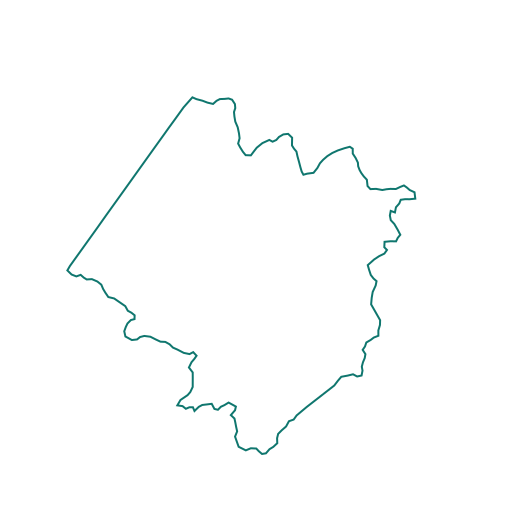 Rio das Flores, Rio de Janeiro, Brazil, rotated 227°
{"feature_id": "56859067B25860438297690", "entity_name": "Rio das Flores", "entity_type": "district", "adm_level": 2, "iso_a3": "BRA", "parent_name": "Brazil", "parent_adm1": "Rio de Janeiro", "projection": "robinson", "projection_center": [-43.554, -22.17], "detail": "fine", "context": "isolated", "style": "outline", "palette": "teal", "viewbox_px": 512, "rotation_deg": 227, "n_neighbors": 0, "source": "geoboundaries", "source_scale": "gbopen_adm2", "svg_char_len": 2885}
<svg xmlns="http://www.w3.org/2000/svg" viewBox="0 0 512 512"><g transform="rotate(227 256 256)"><path d="M192.1,100.5L190.8,104.1L188.4,106.7L184.6,105.3L184.7,111.3L183.7,115.1L181.2,118.5L178.1,122.8L172.5,121.3L169.5,123.3L169.7,127.5L168.5,131.1L167.5,136.0L163.0,137.5L159.6,138.6L157.5,135.5L156.8,129.1L151.8,129.4L148.3,127.3L144.5,124.9L140.6,122.6L138.2,117.5L132.7,115.1L128.3,113.2L120.8,116.0L118.9,121.1L115.0,124.9L111.4,124.9L107.1,125.4L104.9,128.7L105.5,134.1L104.6,138.5L104.6,143.9L108.4,147.2L110.8,150.9L111.0,156.0L110.8,161.7L112.7,167.4L110.7,172.0L111.7,177.0L111.0,190.1L107.9,224.9L108.9,230.8L109.5,236.0L106.0,241.5L103.3,246.3L98.9,247.8L96.6,251.7L99.5,255.7L102.9,257.9L105.3,261.7L107.2,265.9L109.6,269.1L114.6,270.0L115.5,274.0L117.5,277.7L116.4,282.6L116.0,286.6L114.2,291.1L118.1,294.7L121.0,299.6L124.4,303.0L142.1,307.2L146.5,312.1L150.1,316.8L152.8,323.4L155.4,327.0L159.4,326.6L163.8,327.0L168.8,329.3L173.1,331.5L172.9,340.0L171.9,346.0L170.2,351.5L171.1,355.9L174.9,355.8L178.7,359.7L175.0,364.5L171.2,368.4L172.6,372.1L173.1,376.0L178.5,377.5L185.1,379.0L190.3,379.0L194.3,381.5L197.1,385.3L193.1,387.3L196.2,391.6L196.7,396.6L198.4,400.2L196.0,403.6L192.8,407.0L189.3,411.6L194.5,415.4L199.4,413.4L203.3,413.0L206.7,412.3L208.1,408.7L209.6,404.0L213.5,400.0L215.8,397.0L218.1,393.4L223.2,389.6L226.9,385.3L231.1,385.3L236.2,389.1L240.7,389.1L244.9,389.6L248.2,390.4L251.9,391.9L254.8,394.2L259.7,395.7L264.9,396.6L268.5,399.9L271.9,399.1L274.5,394.2L277.4,387.8L279.3,382.1L280.4,376.3L280.6,370.7L280.2,366.0L278.5,360.9L277.6,354.8L281.3,349.6L283.1,346.1L286.6,347.0L290.6,349.0L295.6,351.7L300.6,354.3L304.8,356.8L308.6,357.0L312.3,357.7L317.9,363.1L323.4,362.8L326.3,358.9L327.4,354.0L327.0,350.0L328.3,346.1L331.8,344.9L334.2,337.7L334.7,330.4L334.0,326.0L333.1,320.9L336.8,317.2L341.2,317.5L346.3,318.5L350.4,319.6L353.3,324.3L357.3,327.2L362.6,330.4L368.4,332.5L372.8,335.4L376.3,338.1L378.3,341.7L381.5,344.2L386.6,345.1L389.9,343.4L392.3,340.2L395.4,336.6L396.4,333.0L396.5,328.3L401.3,325.1L406.0,322.8L411.4,319.4L415.4,317.7L414.1,304.4L411.2,289.8L409.2,279.4L407.7,272.1L404.1,254.1L394.1,204.7L387.9,173.8L384.6,157.9L381.1,140.5L375.6,113.1L374.1,108.2L368.2,108.5L363.6,110.7L361.8,114.9L357.6,115.3L354.3,116.2L351.0,120.2L345.5,122.6L340.5,123.3L336.1,121.7L331.9,120.8L326.7,120.0L321.7,123.3L316.2,124.5L308.5,126.2L303.4,124.9L299.5,126.2L295.4,126.8L292.7,124.1L294.5,120.8L294.3,116.0L292.9,112.4L290.8,108.3L286.2,105.6L282.6,106.8L279.2,107.9L276.1,112.1L275.8,116.0L273.7,119.8L269.0,123.7L263.5,125.7L258.5,127.7L255.0,131.1L250.4,132.6L245.6,132.8L241.2,134.7L234.4,137.1L229.6,140.5L228.5,144.5L223.6,144.5L222.8,140.7L222.3,136.4L220.2,130.9L214.0,130.3L210.2,126.8L203.4,120.4L201.3,115.1L200.9,111.1L202.2,102.6L200.4,96.6L196.3,99.9L192.1,100.5Z" fill="none" stroke="#0f766e" stroke-width="2"/></g></svg>